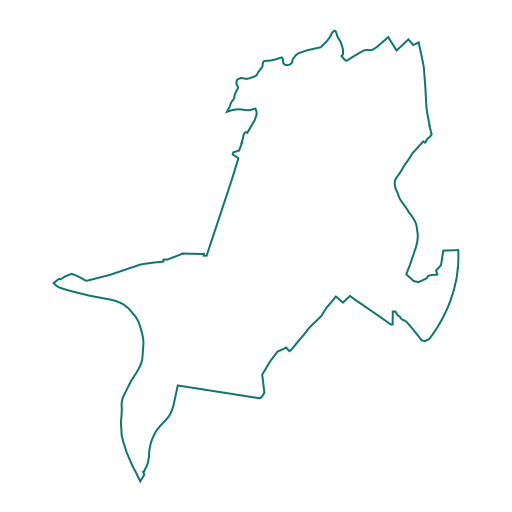 outline of Oegstgeest, Zuid-Holland, Netherlands
{"feature_id": "6326949B10569140780030", "entity_name": "Oegstgeest", "entity_type": "district", "adm_level": 2, "iso_a3": "NLD", "parent_name": "Netherlands", "parent_adm1": "Zuid-Holland", "projection": "orthographic", "projection_center": [4.472, 52.183], "detail": "fine", "context": "isolated", "style": "outline", "palette": "teal", "viewbox_px": 512, "rotation_deg": 0, "n_neighbors": 0, "source": "geoboundaries", "source_scale": "gbopen_adm2", "svg_char_len": 5942}
<svg xmlns="http://www.w3.org/2000/svg" viewBox="0 0 512 512"><path d="M140.2,481.3L144.3,474.7L143.6,473.0L143.0,471.9L144.1,471.4L144.0,471.2L145.6,468.2L146.7,466.1L147.5,463.9L148.2,461.5L149.0,456.5L149.3,451.1L149.6,448.5L150.1,446.1L151.3,441.4L152.2,439.1L154.2,434.7L155.2,432.6L156.5,430.6L157.9,428.7L161.0,425.0L166.1,419.7L167.8,417.6L169.4,415.5L170.5,413.4L171.6,411.2L172.4,408.9L173.1,406.7L173.7,404.4L175.2,397.4L177.8,385.5L259.9,398.3L261.7,396.9L261.9,396.7L264.4,392.8L262.2,374.6L270.5,360.8L277.4,351.7L286.2,347.6L289.4,351.2L291.0,350.1L294.8,345.5L299.3,340.0L303.7,334.9L309.1,328.0L309.8,327.2L312.7,324.4L314.0,323.1L316.5,320.8L318.4,318.9L320.1,317.2L321.0,316.3L321.7,315.4L322.2,314.6L323.6,312.3L326.2,308.3L327.3,306.7L328.1,305.8L331.5,302.0L333.2,299.9L335.7,296.5L335.8,296.5L336.0,296.6L342.9,302.6L349.9,296.0L359.8,303.0L359.8,302.9L378.5,315.8L383.6,319.4L390.8,324.5L392.6,324.5L392.8,311.5L395.3,311.5L395.5,311.6L397.2,314.7L397.7,315.3L398.1,315.7L399.9,316.8L400.2,317.2L400.5,317.7L400.9,318.4L401.2,318.7L401.7,319.1L402.4,319.7L404.6,320.5L406.0,321.5L406.8,322.2L407.4,322.8L411.3,327.3L417.1,334.5L420.6,338.9L421.8,340.5L422.8,340.7L424.4,340.9L424.8,341.2L429.2,339.1L432.8,334.2L433.9,332.6L435.0,330.9L436.6,328.5L439.3,324.1L441.3,320.6L443.5,316.5L447.5,308.0L449.0,304.3L450.9,299.3L451.9,296.1L452.8,293.4L453.6,290.7L454.5,287.3L455.7,282.1L456.7,277.6L457.2,273.5L457.8,267.9L458.0,267.9L458.3,261.2L458.4,255.1L458.3,251.8L458.2,250.1L443.3,250.6L441.0,265.2L440.4,265.8L436.1,270.5L437.3,274.5L436.4,274.8L431.9,274.9L430.0,275.4L428.1,275.9L426.9,278.0L426.5,278.4L421.5,280.8L419.8,281.5L418.6,282.1L416.6,281.7L414.8,281.3L413.8,281.1L413.6,281.0L413.4,280.8L412.1,279.6L407.3,275.3L406.3,274.2L409.8,265.3L414.3,252.0L414.8,250.3L415.7,248.0L416.2,246.1L416.9,243.4L417.2,242.0L417.7,237.8L417.8,235.4L417.1,229.4L416.8,227.5L416.4,225.1L415.8,223.4L415.4,222.2L414.7,220.9L413.2,218.2L412.4,217.0L411.5,215.7L410.9,214.9L408.5,211.9L408.3,211.4L408.1,210.9L407.0,209.2L406.6,208.5L403.2,203.8L401.5,201.5L400.3,199.6L399.7,198.6L398.9,196.8L398.1,194.5L397.6,193.1L396.4,190.4L395.9,189.2L395.5,188.3L395.1,186.6L394.8,185.2L394.8,184.7L394.7,182.5L394.8,182.1L394.9,181.6L394.9,181.2L395.0,180.8L395.2,180.0L395.7,178.9L395.9,178.5L397.0,176.9L397.5,176.3L399.3,173.7L400.5,172.0L401.3,170.8L403.1,167.5L404.4,165.4L405.1,164.2L405.9,163.2L406.9,161.9L408.3,159.9L409.4,158.2L410.2,156.9L410.9,156.0L412.2,153.6L423.3,141.4L425.0,142.7L425.3,142.6L425.6,142.1L426.5,140.3L426.8,139.5L427.2,138.9L430.0,136.7L430.9,135.5L431.6,134.3L429.4,125.7L429.7,125.7L428.8,121.4L427.2,112.9L426.7,109.2L426.4,106.8L425.5,90.6L425.3,86.8L423.8,67.6L423.2,63.8L418.7,42.4L413.3,45.1L408.4,39.4L402.1,45.4L396.6,50.5L396.0,49.8L396.1,49.7L388.2,37.2L376.5,47.3L372.8,49.6L371.1,50.0L370.4,50.2L369.0,50.2L368.0,49.9L367.2,49.9L365.7,50.1L364.8,50.2L364.1,50.4L363.5,50.7L362.8,51.0L362.0,51.5L360.4,52.4L355.0,55.5L346.5,60.8L345.8,60.6L345.3,60.3L345.0,60.0L344.6,59.6L341.5,56.0L342.8,54.6L343.0,54.3L343.0,54.0L343.0,51.5L343.0,50.1L342.8,48.9L341.8,45.3L340.9,42.7L339.8,40.5L339.2,39.4L338.6,38.7L338.0,37.6L337.6,36.8L337.2,35.7L336.6,33.9L336.1,32.1L335.3,31.0L335.0,30.8L334.8,30.7L334.5,30.7L334.3,30.8L333.6,31.3L332.0,32.8L331.8,33.1L331.6,33.5L330.3,36.5L327.1,40.9L323.3,44.6L322.3,45.9L320.5,47.3L307.4,50.2L298.4,53.3L295.7,55.3L292.8,59.2L292.7,59.6L292.1,62.3L291.8,62.8L291.4,63.3L290.5,64.1L289.8,64.5L289.0,64.8L287.6,65.1L286.3,65.1L285.4,64.9L284.7,64.5L284.1,64.0L283.6,63.4L283.1,62.5L283.1,61.8L283.0,60.8L282.9,59.8L282.7,58.8L282.3,58.0L281.9,57.6L281.7,57.4L278.7,58.4L275.0,59.5L273.9,59.8L270.1,60.6L265.0,60.9L263.9,61.3L263.5,61.6L263.1,62.5L262.7,63.9L262.5,66.4L262.1,67.1L258.4,71.8L257.1,74.6L256.3,75.5L254.2,76.6L249.7,78.2L246.7,78.9L241.1,78.0L237.9,79.2L237.3,79.8L236.9,80.5L236.5,81.5L236.4,83.9L237.8,86.7L238.1,87.4L238.0,87.9L235.2,93.5L234.8,94.4L234.2,98.0L233.9,98.7L233.4,99.5L232.6,100.5L231.5,102.0L230.9,103.2L230.6,103.8L229.8,106.3L229.5,107.0L226.9,111.8L227.8,111.5L231.7,110.3L233.8,109.8L235.8,109.5L237.0,109.4L239.1,109.3L242.2,109.6L245.3,110.0L247.7,110.2L248.4,110.2L250.6,109.9L252.3,109.5L255.4,108.6L256.4,111.0L256.7,114.1L254.8,119.9L247.3,132.8L246.0,132.1L244.9,132.7L244.2,133.6L243.7,134.6L243.0,137.9L242.4,140.2L241.5,142.9L242.0,142.9L239.1,150.5L233.4,152.3L232.7,154.3L233.3,154.7L233.3,154.9L238.1,157.9L238.3,158.6L231.4,181.0L206.6,255.7L203.7,255.6L203.9,253.8L201.5,254.0L188.5,253.7L182.8,253.5L182.8,253.9L181.6,253.8L180.6,254.5L167.7,259.4L166.9,259.6L163.8,259.5L163.6,259.6L163.4,259.8L163.4,260.0L163.4,261.6L155.4,262.4L146.8,263.5L142.9,264.1L140.2,264.6L127.3,269.0L111.5,274.3L108.7,275.2L104.7,276.2L94.5,278.8L86.6,280.8L85.2,280.3L84.1,279.7L82.1,278.5L80.4,277.6L77.1,275.9L75.3,275.2L73.5,274.5L72.5,274.2L71.7,273.8L70.5,274.3L65.0,276.5L63.5,277.4L60.7,279.3L60.4,279.2L59.7,278.9L59.4,278.9L59.0,279.0L58.5,279.3L53.6,283.0L55.3,284.8L57.1,286.2L58.6,287.1L59.9,287.7L63.2,288.8L66.6,289.8L70.8,291.1L78.2,292.9L89.1,295.6L105.5,298.7L111.8,299.9L114.0,300.5L115.8,301.0L117.8,301.8L120.1,302.7L121.9,303.6L123.9,304.7L128.4,308.3L129.3,309.2L132.8,313.4L134.0,314.8L135.3,316.4L136.9,318.9L137.8,320.5L138.5,321.8L138.9,322.8L139.7,325.0L140.4,327.3L141.5,331.3L142.4,334.9L142.8,336.8L143.1,338.6L143.3,340.4L143.4,341.7L143.4,343.7L143.3,345.3L142.9,350.8L142.7,354.5L142.3,358.6L142.1,359.7L141.8,361.4L141.5,362.3L141.1,363.3L140.3,365.3L139.7,366.9L139.1,367.9L137.3,371.3L136.4,372.8L131.3,380.5L126.4,390.2L123.7,395.8L122.9,397.4L122.4,399.1L121.6,403.2L121.6,404.4L121.8,409.5L121.4,417.7L121.0,420.7L120.9,422.3L121.1,426.0L121.4,429.9L121.5,433.3L121.7,435.1L121.8,436.1L122.2,437.6L122.7,439.4L123.4,442.4L124.1,444.4L125.2,447.6L126.1,450.8L126.4,451.7L129.3,458.7L132.7,466.4L135.2,471.1L136.2,473.0L140.2,481.3Z" fill="none" stroke="#0f766e" stroke-width="2"/></svg>